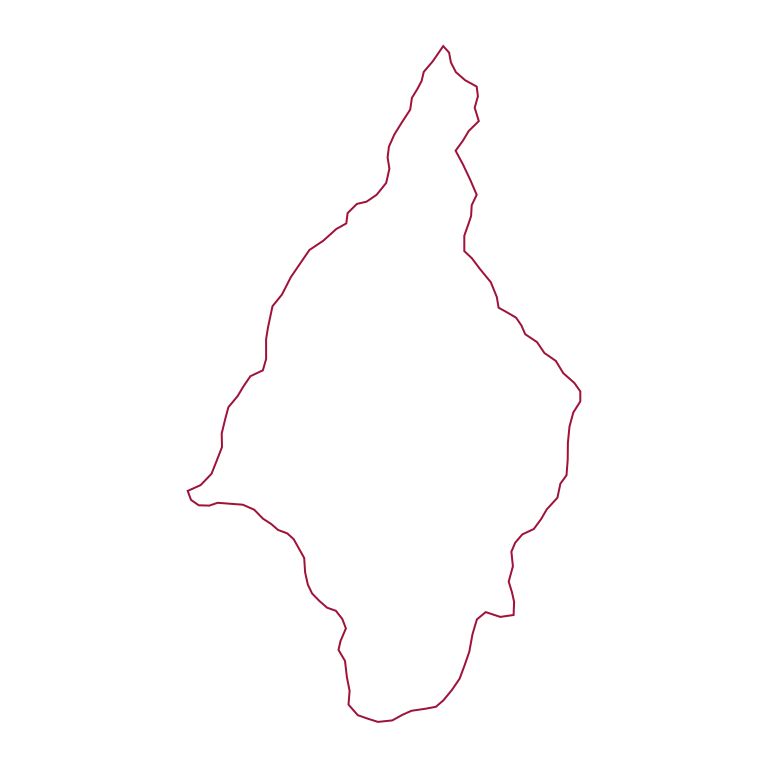 Bilac, São Paulo, Brazil (Albers equal-area conic projection)
{"feature_id": "56859067B71292671685512", "entity_name": "Bilac", "entity_type": "district", "adm_level": 2, "iso_a3": "BRA", "parent_name": "Brazil", "parent_adm1": "São Paulo", "projection": "albers", "projection_center": [-50.48, -21.416], "detail": "fine", "context": "isolated", "style": "outline", "palette": "rose", "viewbox_px": 768, "rotation_deg": 0, "n_neighbors": 0, "source": "geoboundaries", "source_scale": "gbopen_adm2", "svg_char_len": 1771}
<svg xmlns="http://www.w3.org/2000/svg" viewBox="0 0 768 768"><path d="M187.7,490.9L191.0,499.9L198.8,505.3L209.4,505.6L217.6,502.8L242.8,504.7L254.2,509.7L263.0,518.7L271.2,524.0L278.1,530.0L287.3,533.4L293.7,539.2L304.2,558.0L305.1,572.2L307.8,584.5L312.1,593.5L319.2,600.8L327.1,607.7L335.9,610.8L342.3,619.0L345.9,628.4L340.5,641.1L338.5,649.9L345.0,660.9L346.9,677.2L349.6,690.8L348.5,704.6L357.8,715.2L368.7,719.0L378.0,721.9L392.3,720.4L402.8,714.6L411.4,710.8L425.7,708.7L435.9,706.8L443.5,700.2L451.8,690.1L459.6,678.7L464.6,665.3L469.3,651.7L472.5,634.2L476.9,619.4L485.7,612.1L500.3,616.9L513.6,615.0L514.1,601.8L512.0,592.4L508.7,581.6L512.9,566.3L511.4,551.7L515.2,542.7L522.3,534.4L533.8,529.0L541.1,519.1L546.8,509.3L557.4,497.8L560.4,483.6L566.5,475.3L567.7,459.9L567.9,442.7L569.5,426.5L573.3,412.5L580.3,401.4L580.3,391.4L574.4,383.0L563.3,373.2L555.8,360.9L544.4,353.0L537.0,342.1L525.2,334.2L521.5,325.6L516.1,317.7L508.3,313.1L498.6,307.7L496.8,297.0L490.8,282.2L480.2,269.3L472.0,258.4L464.3,251.1L464.3,235.7L468.3,224.4L471.1,216.0L471.7,205.2L476.7,194.8L470.2,179.7L462.9,164.3L455.6,150.7L462.9,140.7L468.8,130.9L478.8,121.1L474.7,107.7L477.9,96.4L476.7,86.6L465.1,80.2L455.9,72.2L450.9,62.4L449.1,52.6L443.2,46.1L432.7,61.4L423.8,71.8L421.6,81.0L417.3,89.1L411.9,97.9L410.2,109.6L401.8,122.5L394.4,134.4L388.9,146.7L387.6,157.4L389.4,168.7L386.2,182.9L376.6,194.8L366.5,201.7L356.9,203.9L347.6,213.1L346.3,223.4L336.3,229.0L323.3,240.7L309.5,249.9L300.9,262.4L290.8,277.2L282.0,294.5L272.5,306.2L267.9,327.9L266.1,339.2L266.1,349.9L266.1,359.0L262.9,370.3L250.4,376.2L243.3,386.6L237.7,396.0L228.4,407.2L225.2,419.1L221.7,433.5L222.0,447.1L215.8,463.0L211.5,473.8L200.6,485.1L187.7,490.9Z" fill="none" stroke="#9f1239" stroke-width="2"/></svg>